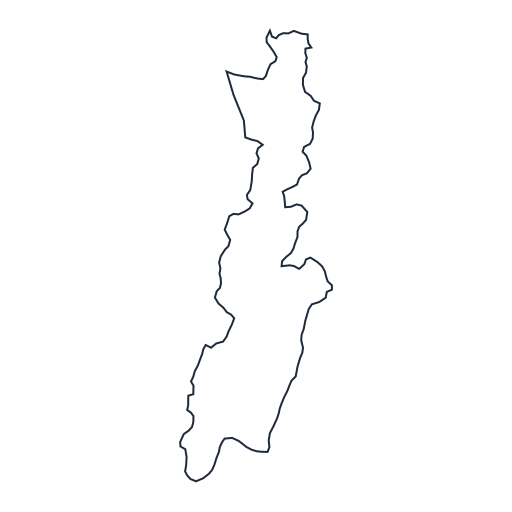 the district of Ubatã, Bahia, Brazil
{"feature_id": "56859067B37189660907129", "entity_name": "Ubatã", "entity_type": "district", "adm_level": 2, "iso_a3": "BRA", "parent_name": "Brazil", "parent_adm1": "Bahia", "projection": "albers", "projection_center": [-39.521, -14.086], "detail": "fine", "context": "isolated", "style": "outline", "palette": "slate", "viewbox_px": 512, "rotation_deg": 0, "n_neighbors": 0, "source": "geoboundaries", "source_scale": "gbopen_adm2", "svg_char_len": 2691}
<svg xmlns="http://www.w3.org/2000/svg" viewBox="0 0 512 512"><path d="M180.5,446.5L185.3,449.2L186.6,457.0L186.1,465.5L185.1,471.4L187.2,475.4L190.4,479.0L196.0,481.3L203.1,478.3L208.9,473.8L212.2,469.8L214.5,464.4L216.4,458.2L219.0,451.7L219.7,447.4L222.0,442.3L224.6,438.6L232.2,437.9L238.6,440.9L242.6,443.9L246.3,446.9L251.6,449.7L256.9,451.3L262.1,451.8L267.6,451.9L269.4,447.1L268.7,440.2L269.9,433.1L273.6,426.0L277.0,418.5L278.8,413.2L279.7,408.7L281.4,403.9L283.9,397.8L287.4,390.8L289.4,385.6L291.4,380.8L295.7,376.4L297.6,366.3L300.1,358.0L302.3,352.8L303.0,347.7L301.2,340.4L301.6,334.8L303.7,329.1L305.3,320.8L307.2,314.2L308.8,308.9L311.9,304.3L319.3,302.0L325.7,297.7L326.8,291.9L331.9,289.7L331.9,285.3L327.7,281.4L326.2,277.0L324.9,271.5L322.2,266.4L317.5,262.1L310.4,257.6L306.0,259.4L304.3,264.2L299.2,268.9L293.9,266.0L289.6,265.3L281.6,266.2L282.1,261.2L286.3,256.8L290.8,253.2L293.5,248.5L294.9,243.7L297.5,236.9L297.5,231.4L299.2,226.7L302.8,223.6L306.1,219.8L307.3,212.0L301.6,205.6L296.6,204.4L290.8,206.8L285.2,207.2L284.7,200.9L284.1,196.0L282.7,191.8L287.2,189.3L292.3,187.0L297.0,184.5L299.0,178.6L301.9,175.3L307.0,173.2L310.6,168.7L309.1,162.2L306.3,155.6L302.6,151.7L304.1,146.9L310.0,143.9L312.7,138.6L313.0,132.4L312.1,127.6L313.7,121.3L315.8,115.6L318.9,109.9L319.8,103.4L314.0,100.8L310.7,95.9L305.0,91.8L302.9,84.8L303.0,78.0L306.0,72.7L306.8,66.5L305.5,62.1L306.8,57.8L305.3,53.0L305.5,48.6L311.3,47.5L308.4,43.3L307.7,38.8L307.7,34.4L301.5,33.7L293.9,30.9L288.4,33.4L283.2,33.2L278.8,35.1L276.1,38.3L272.0,36.6L269.9,30.7L266.5,37.6L266.7,42.2L269.8,46.3L273.4,51.4L276.7,57.1L275.4,61.2L270.5,64.2L267.9,69.9L265.9,75.9L263.1,79.1L258.8,78.7L254.4,77.9L250.4,76.8L244.2,76.3L239.1,75.4L233.9,74.4L226.6,71.5L233.5,94.8L241.6,114.9L243.8,120.3L244.3,125.3L244.7,131.0L245.3,137.4L251.1,139.5L257.5,141.1L262.7,144.8L258.0,148.4L256.5,153.3L258.8,158.5L257.2,164.1L252.9,167.8L252.1,174.4L251.8,180.8L250.3,190.0L246.9,194.9L247.6,199.2L252.5,203.4L249.7,208.4L245.1,211.3L238.6,214.4L233.5,213.9L229.3,216.2L227.3,222.6L224.7,229.7L227.1,234.5L230.2,239.9L228.4,246.2L225.1,249.5L220.8,256.1L219.1,262.6L220.4,268.3L219.5,273.8L220.7,278.4L221.0,283.2L220.0,287.8L216.7,291.3L214.9,297.6L218.6,303.6L223.4,307.7L226.7,312.1L231.1,314.6L234.2,318.3L231.8,324.7L228.5,331.4L226.7,336.5L223.1,341.6L216.2,343.5L211.1,347.7L205.7,345.0L203.3,349.3L202.2,353.9L200.0,359.7L198.0,365.2L194.8,371.2L193.3,376.6L191.0,381.5L193.5,385.7L193.3,394.2L188.3,395.7L188.2,400.3L188.2,405.1L187.2,410.0L191.0,412.7L193.5,416.2L193.3,422.2L192.0,427.0L188.6,430.7L183.8,434.1L181.8,438.3L180.1,442.3L180.5,446.5Z" fill="none" stroke="#1e293b" stroke-width="2"/></svg>